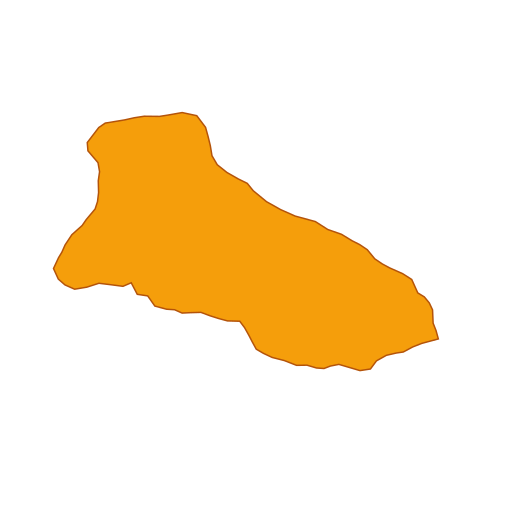 Brejo Alegre, São Paulo, Brazil (Equal Earth projection), rotated 294°
{"feature_id": "56859067B74582559748753", "entity_name": "Brejo Alegre", "entity_type": "district", "adm_level": 2, "iso_a3": "BRA", "parent_name": "Brazil", "parent_adm1": "São Paulo", "projection": "equal_earth", "projection_center": [-50.213, -21.184], "detail": "fine", "context": "isolated", "style": "filled", "palette": "amber", "viewbox_px": 512, "rotation_deg": 294, "n_neighbors": 0, "source": "geoboundaries", "source_scale": "gbopen_adm2", "svg_char_len": 1301}
<svg xmlns="http://www.w3.org/2000/svg" viewBox="0 0 512 512"><g transform="rotate(294 256 256)"><path d="M172.6,337.5L177.0,347.0L178.3,356.8L180.9,363.9L185.7,368.7L190.7,375.8L193.6,397.6L199.3,406.5L209.2,408.7L218.3,415.5L224.4,423.6L228.2,429.6L236.7,436.2L243.6,443.0L254.4,456.3L261.1,450.8L266.7,445.1L278.6,439.2L283.6,433.4L287.1,426.4L288.1,418.8L297.9,407.8L299.5,397.2L299.5,382.6L300.1,374.7L301.7,365.7L307.0,355.1L308.6,346.0L309.0,337.5L310.6,325.3L309.4,310.8L311.6,296.2L308.4,275.5L308.4,259.6L309.9,243.5L314.5,226.9L318.8,218.5L319.2,208.2L320.5,195.4L323.6,183.5L329.7,175.0L338.2,169.4L345.7,163.6L353.0,157.6L360.1,144.8L357.0,130.2L348.7,117.9L344.3,111.1L338.2,97.0L332.8,88.6L326.8,80.5L316.1,64.2L309.4,60.1L291.0,55.7L283.7,59.7L277.0,73.7L269.4,78.8L260.6,81.3L249.9,86.4L241.2,89.1L233.5,89.9L220.2,86.1L213.2,84.8L200.5,79.1L188.5,77.1L180.5,77.1L174.2,76.3L162.2,76.1L154.5,84.8L151.9,93.2L151.9,103.8L158.7,114.1L167.2,123.6L170.7,135.0L174.2,146.8L180.8,152.9L172.7,163.1L175.5,173.3L169.1,184.0L171.0,195.9L173.8,203.5L173.8,211.7L177.4,218.8L182.1,228.6L182.7,238.4L183.7,247.3L185.1,256.3L189.8,267.7L185.9,274.7L180.6,281.8L175.8,287.8L171.0,294.1L170.1,302.2L169.9,312.0L172.0,324.4L172.6,337.5Z" fill="#f59e0b" stroke="#b45309" stroke-width="1.5"/></g></svg>